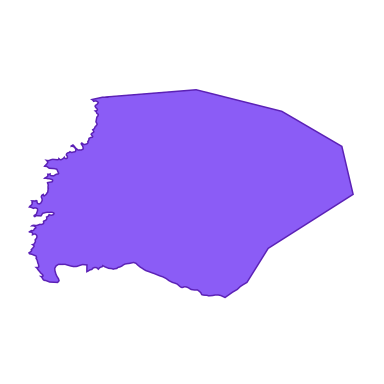 Aconibe, Wele-Nzás, Equatorial Guinea, rotated 275°
{"feature_id": "11065452B89932418637458", "entity_name": "Aconibe", "entity_type": "district", "adm_level": 2, "iso_a3": "GNQ", "parent_name": "Equatorial Guinea", "parent_adm1": "Wele-Nzás", "projection": "equal_earth", "projection_center": [10.91, 1.339], "detail": "fine", "context": "isolated", "style": "filled", "palette": "violet", "viewbox_px": 384, "rotation_deg": 275, "n_neighbors": 0, "source": "geoboundaries", "source_scale": "gbopen_adm2", "svg_char_len": 5688}
<svg xmlns="http://www.w3.org/2000/svg" viewBox="0 0 384 384"><g transform="rotate(275 192 192)"><path d="M94.5,49.2L93.5,50.2L92.7,50.7L92.3,51.0L91.7,51.5L91.1,52.5L91.1,53.7L91.0,54.3L89.9,58.1L90.2,66.0L92.0,67.3L94.0,66.5L96.3,64.7L98.5,63.5L101.7,62.3L104.0,61.9L106.6,63.1L108.3,65.3L108.5,68.2L108.9,71.9L108.5,73.7L107.7,77.8L107.4,80.6L107.8,83.7L109.2,86.8L110.2,89.3L110.2,93.7L103.5,94.2L104.4,95.7L105.4,96.9L106.1,98.9L106.4,99.2L107.2,99.7L107.5,100.0L108.2,101.3L108.3,101.9L108.4,103.0L108.3,103.4L108.0,104.1L107.5,104.8L106.9,105.4L107.1,105.6L108.0,106.1L108.6,106.7L109.4,108.1L109.8,109.1L110.9,109.5L109.9,111.7L108.7,115.7L108.7,118.6L108.3,120.3L108.7,121.3L109.3,123.8L110.1,124.4L110.6,125.3L111.0,126.6L112.1,128.5L113.6,130.2L114.5,131.8L115.0,133.8L115.4,135.8L116.7,139.9L116.1,142.4L114.6,144.2L112.6,147.1L111.8,148.8L110.5,151.1L109.6,153.1L109.1,155.3L107.8,160.0L107.5,161.4L105.7,167.1L105.0,170.2L103.6,173.7L101.7,176.8L100.3,180.2L99.7,183.0L99.0,185.3L96.8,188.3L96.1,189.6L96.0,190.5L96.3,191.4L96.9,192.5L97.0,194.4L96.3,196.8L95.6,198.0L94.8,199.7L94.6,203.2L94.9,206.0L93.4,208.4L92.2,209.7L90.7,210.6L90.5,211.1L90.3,212.9L90.4,215.9L90.0,217.7L90.7,221.7L91.4,224.0L91.7,227.1L91.4,229.7L89.8,234.1L95.8,241.2L98.9,245.6L102.0,248.3L104.0,250.8L106.7,254.6L142.5,272.8L203.7,352.7L250.5,337.3L280.2,274.4L294.2,187.2L279.3,98.8L279.0,99.1L278.6,94.5L275.4,84.3L275.2,84.7L274.4,85.7L273.8,86.1L274.0,86.7L274.3,88.0L274.3,88.5L274.2,88.9L273.5,90.3L273.2,90.6L272.9,90.8L272.5,90.7L271.2,89.9L269.8,88.2L268.9,88.0L267.7,88.8L266.9,89.9L266.1,90.5L265.8,90.6L265.3,90.5L264.7,89.9L264.5,89.4L264.3,88.6L263.6,89.6L263.3,89.8L262.1,90.3L261.3,91.6L261.2,91.8L260.8,91.9L259.8,91.7L259.0,91.3L258.6,91.0L258.4,90.7L253.5,90.2L252.6,90.9L251.5,91.5L251.1,91.6L249.8,90.9L248.7,89.9L246.7,89.2L245.8,88.4L245.4,87.7L243.9,88.8L243.7,88.9L243.3,88.9L242.9,88.7L241.9,87.3L241.0,86.6L240.6,86.5L238.9,88.1L238.7,88.2L238.3,88.2L237.8,87.8L237.4,86.2L236.4,84.7L235.5,84.8L234.0,84.3L233.1,83.8L232.5,84.1L232.1,84.1L231.3,83.7L231.1,83.5L230.3,82.0L230.0,80.8L229.9,80.2L230.1,79.7L231.1,78.2L231.2,77.9L231.1,77.7L230.3,77.4L228.3,79.0L227.0,79.6L225.8,79.8L225.4,79.8L225.1,79.5L224.2,78.1L224.1,77.7L224.1,76.3L223.9,75.6L223.9,75.0L224.1,74.5L225.5,72.4L227.4,70.6L228.5,69.3L228.0,68.8L227.5,67.7L227.0,67.7L227.2,68.1L227.2,68.5L226.9,69.9L226.7,70.4L225.7,71.6L224.3,72.6L224.0,72.7L222.4,72.4L222.0,72.1L221.8,71.7L221.5,70.4L221.0,69.2L220.9,68.7L221.0,68.1L221.5,66.9L221.4,66.8L220.8,66.4L220.1,64.7L219.3,63.9L218.6,63.6L217.9,63.6L217.5,63.8L217.1,64.5L216.7,64.7L215.4,64.9L215.0,64.8L214.7,64.5L214.3,63.7L214.4,62.7L214.6,62.2L214.9,61.9L215.4,61.7L214.6,61.2L213.5,60.0L212.7,58.6L212.7,57.8L213.6,56.5L213.3,56.5L212.9,56.2L212.6,55.8L212.4,55.3L212.4,50.4L211.9,48.8L211.2,47.5L210.7,46.1L210.7,45.6L210.8,44.3L210.2,45.0L209.4,45.6L209.0,45.7L208.7,45.7L207.3,44.9L206.5,44.2L205.9,43.9L205.2,43.1L204.8,42.9L204.8,44.8L204.7,45.3L203.3,47.5L203.2,48.1L203.3,53.0L203.0,54.8L202.9,55.3L202.5,55.6L201.5,56.1L200.1,56.9L199.1,57.4L198.8,57.5L198.4,57.2L198.2,56.8L197.9,55.3L197.1,54.2L196.2,53.1L196.0,52.6L196.0,50.3L196.1,49.8L196.5,49.3L197.1,49.0L197.6,49.0L197.2,48.2L197.1,47.3L197.1,46.8L196.5,47.0L195.9,47.0L195.0,46.7L194.0,45.7L193.3,44.4L192.9,44.1L193.0,44.9L192.9,46.2L192.7,47.3L192.8,48.2L192.7,49.3L192.2,51.4L192.0,51.9L191.6,52.2L190.3,52.0L190.0,51.7L189.8,51.3L189.3,49.1L189.0,48.2L188.8,47.3L188.7,47.2L186.5,48.2L185.1,48.1L182.6,48.3L183.9,48.7L182.0,48.4L179.2,48.3L178.5,47.7L176.9,47.0L175.2,45.0L175.6,44.2L176.6,44.0L176.1,43.2L175.4,42.6L174.3,42.3L173.9,42.3L172.2,43.2L170.7,43.5L170.4,43.4L168.2,42.6L167.2,41.6L166.9,41.2L166.9,40.7L166.9,39.9L167.1,39.4L167.4,39.0L168.1,38.6L169.7,38.2L169.9,37.4L169.4,36.9L169.3,36.3L169.3,34.7L169.2,33.1L168.5,33.7L168.1,33.9L167.8,33.8L167.6,33.6L167.3,33.8L167.0,33.8L166.0,33.7L164.8,33.0L164.0,32.0L162.9,31.3L162.7,33.1L161.9,35.4L161.9,35.6L162.4,36.5L162.5,36.9L162.5,37.6L162.4,38.1L162.1,39.0L161.9,39.4L161.5,39.6L160.4,39.8L158.8,39.5L157.9,39.2L157.1,39.1L156.7,39.0L155.9,38.3L154.8,36.8L154.4,36.8L153.9,37.1L153.8,37.6L154.6,38.4L154.8,38.9L155.0,41.9L155.0,43.3L155.2,43.8L157.7,45.0L157.9,45.5L158.8,48.0L159.2,49.7L159.2,51.5L159.5,52.8L159.6,54.2L159.5,54.7L159.2,55.8L159.0,56.2L158.6,56.4L158.2,56.3L157.5,56.0L157.3,55.7L156.7,54.3L156.6,53.8L156.7,52.6L156.9,51.8L156.7,51.4L155.5,51.1L154.8,50.1L154.4,49.3L153.3,49.6L152.4,49.6L152.0,49.5L150.9,48.4L150.0,46.7L149.8,46.6L148.8,46.9L147.9,46.9L147.6,46.7L147.1,46.1L146.6,45.1L146.5,44.7L146.5,43.2L146.1,42.4L145.7,41.6L145.1,40.1L145.0,39.5L145.1,37.2L144.6,35.7L144.4,35.5L144.5,36.6L144.5,37.0L144.1,38.2L143.2,39.4L143.0,39.5L142.6,39.5L142.2,39.2L141.7,38.3L140.6,37.9L139.9,37.2L139.6,36.8L139.5,36.2L139.6,35.3L138.7,34.3L137.9,32.9L138.0,33.6L138.0,35.4L137.9,35.8L137.7,36.2L136.8,36.8L136.5,36.9L135.5,36.8L135.6,37.1L136.2,37.7L136.3,38.0L136.4,39.1L136.4,39.6L136.1,40.1L135.4,40.9L134.7,41.3L134.4,41.4L133.2,41.4L131.9,40.9L131.0,40.0L130.5,40.0L128.9,40.3L128.5,40.2L127.0,39.5L126.2,39.0L126.0,38.6L125.7,37.8L125.5,38.2L124.9,39.0L124.6,39.3L124.1,39.4L123.5,39.1L122.3,38.3L121.5,37.6L120.7,37.2L120.4,36.9L119.9,37.3L119.6,37.3L118.8,36.9L118.1,36.1L117.5,35.2L117.2,34.9L116.3,35.5L116.2,36.3L116.0,38.0L115.4,39.8L115.2,40.3L114.9,41.6L114.7,42.1L114.3,42.4L113.3,42.8L112.9,42.8L112.5,42.4L110.5,43.7L107.6,44.7L106.9,45.2L104.4,45.9L104.0,45.8L103.7,45.5L103.4,45.1L103.2,43.5L102.7,44.2L100.8,45.7L99.2,47.4L98.3,48.1L96.7,50.3L96.4,50.5L95.6,50.9L95.2,50.8L94.8,50.2L94.7,48.9L94.5,49.2Z" fill="#8b5cf6" stroke="#5b21b6" stroke-width="1.5"/></g></svg>